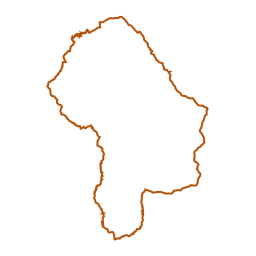 outline of Moroeni, Dâmbovita, Romania, rotated 179°
{"feature_id": "2599482B64065546523837", "entity_name": "Moroeni", "entity_type": "district", "adm_level": 2, "iso_a3": "ROU", "parent_name": "Romania", "parent_adm1": "Dâmbovita", "projection": "albers", "projection_center": [25.447, 45.318], "detail": "fine", "context": "isolated", "style": "outline", "palette": "amber", "viewbox_px": 256, "rotation_deg": 179, "n_neighbors": 0, "source": "geoboundaries", "source_scale": "gbopen_adm2", "svg_char_len": 5824}
<svg xmlns="http://www.w3.org/2000/svg" viewBox="0 0 256 256"><g transform="rotate(179 128 128)"><path d="M181.1,215.4L180.3,215.2L180.0,214.6L180.8,213.5L181.3,212.3L183.5,210.7L184.1,209.1L184.1,208.2L184.7,206.6L184.6,205.8L185.1,205.7L185.6,206.0L186.7,205.9L188.0,204.0L189.3,203.3L191.0,201.2L191.3,200.3L190.6,198.5L190.6,197.9L189.1,195.1L192.1,194.9L192.1,192.9L192.8,191.3L192.4,190.8L192.5,190.2L193.0,189.4L193.3,188.4L194.6,186.8L194.4,186.0L195.1,185.8L196.7,183.3L197.1,183.1L197.1,182.7L199.9,179.9L199.8,179.3L201.0,178.1L202.9,177.0L203.9,176.8L204.9,175.6L206.5,175.2L207.0,173.8L207.0,172.7L207.9,171.0L207.4,170.8L206.8,169.3L205.8,168.8L205.3,167.9L204.9,166.3L205.0,164.6L204.6,163.8L204.5,162.1L203.1,161.2L201.2,161.0L199.4,158.5L198.1,157.2L198.6,155.5L198.5,154.5L198.2,153.9L196.5,152.5L194.9,152.2L193.9,150.8L193.7,150.1L194.3,149.4L194.6,148.1L195.3,146.7L195.3,145.9L194.3,143.4L194.3,142.8L193.1,142.6L190.9,141.8L189.3,140.0L188.5,138.2L187.4,137.4L186.5,136.0L185.3,135.7L183.4,134.0L182.4,134.3L181.5,133.2L181.2,132.4L180.7,132.6L180.1,131.8L179.2,131.4L178.8,130.7L177.7,130.6L176.9,130.9L176.0,130.7L175.6,129.7L175.5,128.5L175.3,128.1L172.8,129.4L172.4,129.9L172.1,129.3L171.4,128.9L170.1,128.6L169.1,129.7L167.7,130.3L166.1,130.4L165.0,131.2L164.8,130.5L164.1,129.9L164.1,128.7L163.3,128.9L162.6,126.6L159.5,124.5L158.8,121.8L157.2,119.6L156.5,119.4L158.9,114.5L158.7,113.3L159.0,111.2L157.0,109.9L155.1,109.2L154.8,108.3L153.9,107.7L154.2,106.4L154.1,105.4L153.6,105.1L153.2,104.4L152.4,101.9L153.5,100.0L153.1,98.7L153.5,96.7L155.0,95.6L155.4,94.3L154.9,93.7L155.1,92.9L156.3,92.7L156.3,91.6L156.0,90.9L156.3,90.4L155.7,89.5L155.8,88.6L156.2,88.3L155.6,86.2L155.7,85.1L154.7,84.1L155.3,83.8L154.7,83.4L154.7,81.2L155.1,80.9L154.9,80.5L154.3,80.4L154.3,80.0L154.8,79.9L155.5,79.2L155.8,78.4L155.2,77.5L154.6,76.9L156.0,75.5L156.2,74.8L156.0,73.6L156.3,72.5L157.9,71.4L157.8,71.1L158.8,70.9L159.3,71.2L160.8,69.6L160.6,69.4L160.8,69.2L160.9,68.3L160.6,68.0L160.8,67.7L160.8,67.2L161.4,66.9L161.2,66.5L161.7,65.7L162.3,65.2L162.2,64.3L162.7,64.2L162.5,62.6L162.7,62.3L162.3,60.6L162.9,59.5L163.1,58.6L162.2,56.7L162.1,55.7L161.3,53.8L159.2,52.8L158.4,51.5L158.4,50.8L157.0,49.1L156.9,48.0L155.6,47.1L155.5,45.7L154.6,43.8L153.7,43.3L154.6,42.9L153.8,42.8L154.3,42.2L154.2,41.4L153.6,40.2L154.9,38.4L154.6,33.7L155.2,34.6L155.7,34.6L155.4,33.8L155.3,32.1L155.0,31.5L155.2,31.0L155.1,30.1L151.5,27.4L150.3,27.2L150.3,26.6L149.6,25.4L149.5,24.4L149.0,23.9L145.3,24.3L144.9,24.0L143.8,21.8L143.4,17.2L143.1,16.8L142.7,16.7L141.3,17.6L139.1,17.9L138.7,17.5L138.0,17.6L137.4,18.5L135.1,19.9L134.3,19.7L133.7,20.2L132.7,20.4L131.7,21.0L128.5,19.8L127.2,20.7L126.6,21.6L125.9,21.9L124.9,21.8L124.7,22.4L124.2,22.4L124.3,23.3L123.5,23.8L123.3,24.2L122.6,24.1L121.5,25.3L121.3,25.9L120.6,26.9L119.2,26.6L117.8,27.1L117.6,27.4L117.6,28.5L117.3,29.1L116.6,29.1L116.2,29.9L115.9,31.1L116.1,32.0L115.8,33.6L114.6,35.7L115.1,37.0L114.9,39.3L114.3,41.3L115.0,41.4L115.4,42.1L115.1,42.6L114.5,43.1L114.4,44.8L114.5,45.1L115.4,45.0L114.5,46.8L114.8,48.3L115.2,48.6L114.9,49.6L115.2,50.0L115.1,50.5L116.1,53.4L115.3,57.9L115.5,59.2L115.1,60.1L114.9,62.4L113.9,62.9L113.3,63.8L111.5,65.4L111.6,66.2L105.5,63.9L104.3,63.0L101.9,63.1L100.1,63.6L95.9,63.5L92.6,62.1L89.8,61.7L88.4,61.9L86.3,61.6L85.2,61.8L84.1,62.9L83.6,63.6L83.5,64.4L78.5,65.0L76.4,64.6L75.2,66.2L73.4,67.1L71.3,67.5L70.3,68.0L68.0,68.3L66.7,69.4L65.4,69.8L64.2,69.4L61.0,69.3L60.1,70.3L59.8,71.3L59.2,72.0L59.2,75.0L58.2,76.4L58.1,77.4L57.1,78.3L56.7,78.9L56.5,81.1L58.4,83.0L59.0,84.8L59.9,85.7L59.3,86.8L59.3,88.0L58.2,90.0L58.3,90.6L60.1,92.5L61.8,93.4L62.2,93.9L62.4,95.1L62.2,95.8L62.4,96.2L62.0,97.2L62.2,98.3L61.7,99.9L62.1,100.7L62.2,101.8L61.7,103.6L59.7,104.8L58.0,107.0L55.7,108.3L54.4,110.1L52.7,111.0L52.2,111.9L52.0,114.5L52.5,117.5L54.8,121.7L55.7,122.6L56.2,123.8L56.2,124.7L55.5,125.7L54.4,128.0L53.4,132.8L52.1,134.4L51.1,138.3L50.4,139.5L49.5,139.8L49.1,140.3L49.2,142.9L48.7,144.8L48.1,145.6L48.3,146.5L51.6,148.0L52.7,149.0L55.0,149.1L57.5,149.6L58.4,150.9L60.3,152.8L60.7,153.9L62.0,155.5L62.4,156.6L64.3,156.5L67.1,156.9L69.9,158.9L72.7,159.2L74.0,160.0L74.9,161.8L77.7,163.8L79.4,165.9L80.3,168.7L81.9,170.4L82.9,172.9L85.0,175.0L85.4,177.7L84.6,179.4L84.6,180.0L85.7,181.6L85.8,182.3L86.1,182.7L85.2,183.4L86.5,183.5L87.3,184.0L87.9,185.2L91.0,186.0L91.2,186.4L90.8,186.9L90.7,187.3L91.3,188.2L92.2,191.1L92.0,191.8L92.3,192.1L95.7,193.1L96.2,193.6L96.8,194.5L97.7,195.2L98.5,195.3L99.0,197.3L100.2,199.1L100.7,200.6L103.4,201.9L103.9,202.9L102.4,204.2L102.6,204.8L103.3,205.2L103.5,205.7L104.4,205.7L104.3,206.6L105.0,207.7L105.8,208.0L106.0,208.8L106.6,209.7L106.8,210.5L106.6,211.1L106.6,211.7L108.0,213.6L110.3,215.8L110.6,217.2L110.6,218.0L110.9,218.8L112.0,220.8L113.2,222.0L113.8,223.4L114.9,224.1L115.6,223.8L115.9,223.3L116.8,223.1L117.1,223.4L123.2,230.5L125.4,230.9L128.9,236.0L132.4,239.1L134.2,239.3L136.0,238.0L138.1,238.3L141.3,237.8L143.0,238.1L144.9,237.9L151.5,234.2L152.2,234.0L154.2,234.4L154.6,234.0L154.6,233.5L154.0,229.1L156.3,228.9L159.0,227.0L165.2,223.8L165.6,224.2L165.9,225.7L167.0,226.9L167.9,226.0L167.8,225.2L168.8,224.3L168.5,224.0L168.8,223.6L169.6,223.7L169.4,224.2L169.6,224.2L170.3,223.7L171.0,224.0L171.7,223.3L172.1,223.7L172.2,223.3L172.7,223.1L173.2,223.5L173.0,223.0L173.3,222.8L175.3,222.8L175.0,222.3L175.1,221.7L173.4,221.6L173.5,221.1L172.9,221.3L173.5,220.7L173.7,220.9L174.8,220.6L175.1,220.1L175.2,220.5L175.6,220.7L176.5,220.7L176.9,221.1L176.7,221.4L177.1,222.0L177.4,221.4L178.0,221.5L177.8,222.1L178.1,222.5L178.6,221.9L178.8,220.3L178.9,220.7L178.8,221.0L179.3,221.6L180.2,219.8L181.1,219.8L181.2,219.4L181.4,219.6L181.6,219.3L182.0,220.1L182.3,218.9L182.8,218.6L182.5,217.3L181.1,215.9L181.1,215.4Z" fill="none" stroke="#b45309" stroke-width="2"/></g></svg>